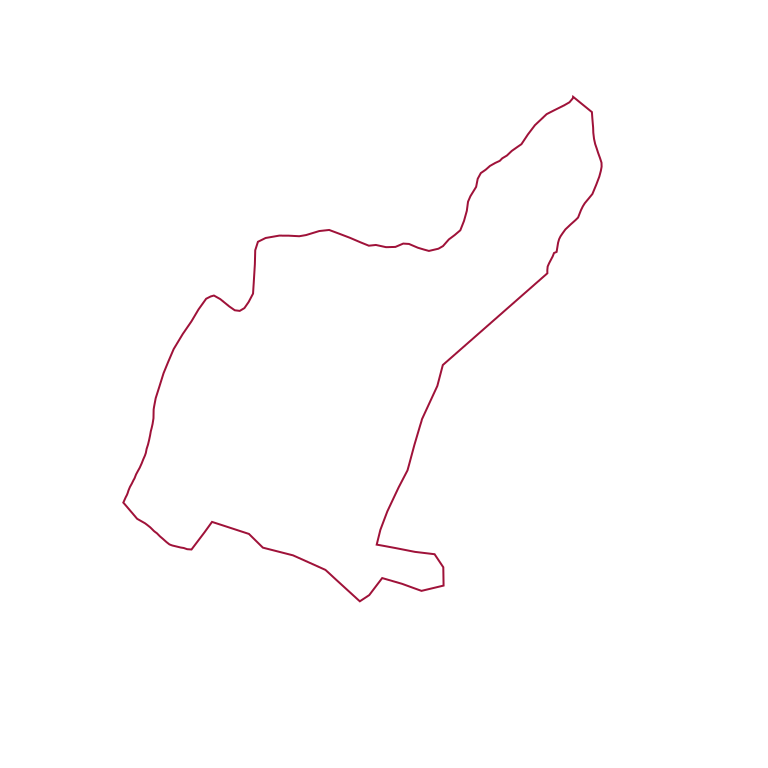 Corinth Estate, Gros Islet, Saint Lucia, rotated 341°
{"feature_id": "8701671B94015264983282", "entity_name": "Corinth Estate", "entity_type": "district", "adm_level": 2, "iso_a3": "LCA", "parent_name": "Saint Lucia", "parent_adm1": "Gros Islet", "projection": "equal_earth", "projection_center": [-60.954, 14.043], "detail": "fine", "context": "isolated", "style": "outline", "palette": "rose", "viewbox_px": 768, "rotation_deg": 341, "n_neighbors": 0, "source": "geoboundaries", "source_scale": "gbopen_adm2", "svg_char_len": 2479}
<svg xmlns="http://www.w3.org/2000/svg" viewBox="0 0 768 768"><g transform="rotate(341 384 384)"><path d="M99.7,413.2L106.7,431.1L112.7,437.9L114.2,440.1L116.3,443.4L117.2,445.2L118.6,448.1L119.5,449.5L120.7,451.2L121.5,452.9L122.6,455.2L124.5,458.4L126.0,461.1L126.9,462.7L128.9,465.8L130.3,467.0L131.3,467.8L134.6,469.9L138.5,472.4L141.3,473.9L144.1,476.1L148.1,477.8L166.0,465.8L176.5,458.4L186.6,466.0L207.5,481.8L216.2,499.3L242.2,516.4L268.1,540.7L270.9,545.8L274.0,551.6L275.3,554.0L289.1,579.3L290.4,581.6L293.5,580.8L301.3,578.8L311.9,571.7L319.1,566.9L336.0,578.8L345.5,586.5L352.1,591.8L374.7,594.0L380.4,576.6L376.4,561.4L358.6,552.8L341.7,543.0L330.4,536.6L324.8,533.5L333.1,520.7L338.9,513.7L345.7,505.5L364.1,486.6L378.1,473.3L381.2,468.8L392.9,451.5L404.8,434.8L407.3,431.4L408.4,429.7L433.8,403.2L445.8,385.2L574.5,332.5L575.5,329.5L577.0,326.2L579.4,323.6L585.1,318.2L587.4,315.5L590.2,315.3L594.6,307.1L596.7,304.1L598.9,301.9L601.7,299.8L605.8,296.9L612.4,293.9L618.6,291.3L621.7,289.8L626.8,283.8L629.8,280.8L632.6,278.5L642.9,272.2L649.7,264.5L655.1,258.0L658.4,253.1L660.5,249.4L661.7,245.6L661.8,241.0L661.7,235.0L661.8,230.6L661.8,225.9L662.4,220.6L663.7,214.6L665.2,209.7L666.4,204.9L667.6,200.2L669.1,194.6L656.3,174.0L655.6,175.3L651.1,178.0L645.4,179.1L633.3,180.7L625.6,181.8L615.9,186.2L611.0,188.4L601.3,194.9L592.0,202.0L588.0,203.1L580.7,205.2L574.6,208.0L569.3,209.1L566.1,210.7L561.2,211.2L555.2,212.3L549.9,214.5L544.2,216.1L539.4,220.5L535.3,227.6L526.8,234.6L522.8,239.0L518.7,247.2L512.7,255.9L506.2,263.5L499.3,266.2L492.4,268.4L484.7,272.8L479.5,273.8L469.8,272.8L465.7,270.0L460.4,266.2L453.2,259.7L447.9,257.5L439.4,258.1L430.5,255.3L421.6,249.9L414.7,248.3L407.8,242.3L399.3,234.6L389.6,226.5L382.3,220.5L372.6,218.3L358.8,217.8L352.0,216.7L342.6,212.9L333.3,209.6L319.6,207.4L311.1,208.5L305.8,215.6L300.9,228.7L293.7,246.1L289.6,255.9L282.7,262.4L276.7,266.8L271.4,267.9L266.9,265.7L262.9,260.2L256.8,250.4L252.0,245.0L248.6,244.8L243.6,245.5L232.9,253.1L222.3,262.1L210.0,271.2L196.5,282.5L187.0,293.0L179.1,302.0L170.2,314.1L163.5,323.1L159.0,331.0L157.9,333.1L154.9,341.3L152.2,346.4L149.9,350.1L148.1,352.8L146.0,356.6L143.6,360.6L141.1,364.5L138.4,368.1L136.4,371.6L134.7,373.8L131.9,376.8L129.1,380.1L125.7,383.7L122.8,386.3L120.2,388.7L117.3,392.1L115.9,393.3L113.1,396.1L110.3,398.6L107.8,401.4L106.1,403.7L104.8,405.2L102.8,407.1L100.1,410.0L98.9,411.3L99.7,413.2Z" fill="none" stroke="#9f1239" stroke-width="2"/></g></svg>